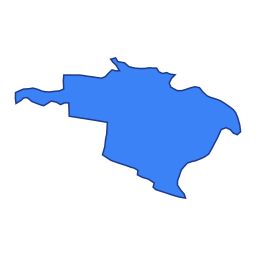 outline of Lajeado, Rio Grande do Sul, Brazil
{"feature_id": "56859067B30359341782626", "entity_name": "Lajeado", "entity_type": "district", "adm_level": 2, "iso_a3": "BRA", "parent_name": "Brazil", "parent_adm1": "Rio Grande do Sul", "projection": "equal_earth", "projection_center": [-52.019, -29.449], "detail": "fine", "context": "isolated", "style": "filled", "palette": "blue", "viewbox_px": 256, "rotation_deg": 0, "n_neighbors": 0, "source": "geoboundaries", "source_scale": "gbopen_adm2", "svg_char_len": 1581}
<svg xmlns="http://www.w3.org/2000/svg" viewBox="0 0 256 256"><path d="M115.6,57.9L110.7,59.2L113.0,62.2L116.1,65.2L119.5,70.8L115.6,70.8L112.0,69.9L108.4,73.3L105.4,76.6L101.6,78.2L97.3,77.6L92.7,76.9L87.3,76.2L83.0,75.5L79.6,75.1L63.8,75.0L63.3,80.9L63.7,89.0L59.4,90.9L54.8,91.3L49.3,92.0L45.2,91.7L41.9,91.1L38.1,89.5L33.0,88.1L28.6,88.8L23.4,89.1L18.7,91.1L15.5,92.6L15.4,98.3L16.0,103.5L20.9,100.5L23.6,97.9L27.2,97.6L31.9,101.5L36.9,103.5L40.8,104.9L43.8,105.7L46.6,104.0L51.1,101.1L56.3,102.1L60.5,104.6L64.8,102.8L68.8,103.0L69.2,116.2L77.6,117.5L86.4,118.9L95.9,120.4L103.9,121.8L107.4,122.3L106.7,134.0L105.5,140.2L104.8,146.8L102.5,154.8L111.0,160.4L118.1,162.9L125.3,165.2L130.8,167.2L134.2,168.1L137.9,170.4L137.4,174.8L142.5,177.4L148.4,179.1L154.2,183.0L153.1,187.1L155.7,189.6L164.2,192.3L172.2,195.0L179.0,197.0L185.5,198.1L184.2,194.1L180.7,190.1L177.4,184.9L177.6,180.3L179.2,176.1L181.3,169.9L184.1,166.6L187.3,163.1L191.9,161.5L195.6,160.7L200.9,158.6L204.7,156.8L208.6,154.1L210.9,150.3L213.7,144.9L216.6,139.5L219.0,134.4L221.2,129.5L226.1,127.7L230.4,129.7L233.3,133.1L237.3,134.7L240.6,131.7L239.7,124.8L237.8,118.0L235.6,112.6L233.4,109.8L230.0,107.1L224.6,103.3L220.5,100.8L216.1,99.1L210.7,97.5L207.0,95.8L202.9,92.0L199.5,87.7L195.1,86.8L191.0,87.7L184.2,90.0L181.2,90.7L177.1,90.6L170.8,87.1L169.2,83.1L171.4,78.5L175.1,74.8L169.9,74.1L166.7,72.6L162.6,73.5L159.0,71.9L156.5,68.1L152.8,68.1L149.5,67.8L144.3,68.5L139.6,68.5L134.7,68.1L128.9,66.7L124.7,62.9L121.6,62.3L117.9,61.7L115.6,57.9Z" fill="#3b82f6" stroke="#1e3a8a" stroke-width="1.5"/></svg>